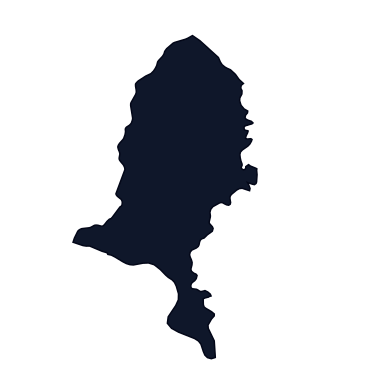 the Department of Río Negro, rotated 300°
{"feature_id": "URY-9", "entity_name": "Río Negro", "entity_type": "Department", "adm_level": 1, "iso_a3": "URY", "parent_name": "Uruguay", "parent_adm1": "", "projection": "equal_earth", "projection_center": [-57.526, -32.894], "detail": "fine", "context": "isolated", "style": "filled", "palette": "ink", "viewbox_px": 384, "rotation_deg": 300, "n_neighbors": 0, "source": "natural_earth", "source_scale": "10m", "svg_char_len": 3574}
<svg xmlns="http://www.w3.org/2000/svg" viewBox="0 0 384 384"><g transform="rotate(300 192 192)"><path d="M60.3,294.9L57.3,292.1L56.3,288.2L57.2,284.7L59.5,281.6L64.7,275.8L66.2,272.0L66.4,267.5L63.9,250.7L63.7,242.5L66.0,236.3L72.0,233.8L85.5,234.7L91.8,234.1L97.1,231.2L102.6,225.5L105.0,222.0L106.0,218.7L106.2,214.2L106.9,210.7L109.0,203.4L110.1,195.6L108.8,189.8L105.9,185.2L99.5,177.7L98.0,174.5L97.2,170.9L97.0,166.8L97.2,158.1L97.0,153.7L95.9,150.3L96.9,148.8L95.7,143.8L94.0,130.3L92.3,127.5L91.1,124.4L89.0,114.1L93.3,113.2L100.8,112.7L102.0,112.9L103.6,113.7L104.6,114.4L105.3,115.0L105.7,115.7L105.8,115.7L109.7,121.0L110.4,121.6L111.1,122.2L114.3,124.1L114.9,124.8L115.4,125.5L116.2,127.2L117.1,130.6L117.3,131.0L117.7,131.6L118.8,132.2L120.6,132.6L124.1,133.1L127.1,134.0L128.6,135.2L130.3,135.6L143.1,137.1L143.9,137.6L145.0,137.9L146.3,137.7L148.5,136.6L149.5,135.5L150.2,134.4L150.8,130.5L151.0,129.4L151.4,128.4L151.8,127.6L152.5,127.0L177.9,122.7L179.3,121.6L179.9,120.9L181.0,119.3L181.4,118.4L182.4,115.6L182.6,115.1L183.3,113.5L183.8,112.8L184.5,112.2L185.3,111.8L188.7,110.6L189.4,110.1L190.8,108.7L191.2,108.0L192.4,106.6L193.7,105.4L194.5,105.0L195.9,104.8L197.9,104.9L203.1,106.0L204.5,106.0L208.3,105.3L210.9,104.3L213.1,102.8L214.1,102.6L215.4,102.8L218.5,104.4L219.9,104.8L221.4,105.0L224.0,104.5L225.4,104.1L226.5,103.5L236.1,95.7L237.7,94.8L239.0,94.5L248.3,94.4L250.2,94.0L251.0,93.6L252.5,92.6L255.3,90.3L256.7,89.4L257.5,89.1L259.1,89.3L261.3,89.9L269.3,94.0L273.9,97.2L277.5,98.2L280.7,98.4L283.9,98.2L287.5,97.2L289.1,97.3L294.7,98.6L296.7,98.7L298.1,98.6L299.9,98.1L300.9,98.1L303.5,98.4L311.5,101.2L313.0,102.3L321.0,109.9L323.0,111.4L327.7,114.2L327.0,123.1L322.3,144.8L321.7,147.6L318.8,151.5L317.3,154.4L316.7,158.0L316.7,160.4L317.1,164.2L315.6,170.8L313.0,176.5L311.7,182.3L309.0,181.3L306.3,182.3L304.7,184.7L301.8,186.2L297.4,186.4L294.9,187.6L292.9,189.7L291.6,191.2L290.0,195.5L290.0,196.8L290.0,199.8L288.2,200.5L285.4,200.0L282.9,200.7L282.1,202.5L282.2,204.5L282.9,208.1L282.3,210.3L280.9,209.8L278.5,207.4L277.7,206.8L276.7,205.7L275.5,204.8L273.9,204.7L272.2,206.1L272.2,207.7L272.8,209.2L272.9,210.1L270.9,210.6L267.7,210.8L265.2,211.5L265.5,213.4L267.6,216.3L267.5,217.7L265.7,218.1L262.4,218.1L259.6,217.4L253.6,214.6L250.9,214.0L248.4,214.7L245.8,216.6L243.3,218.9L241.4,221.2L240.3,222.0L237.7,222.4L237.0,223.3L236.9,225.4L237.9,226.5L239.5,226.6L240.9,225.9L244.0,227.3L243.7,229.6L244.5,235.4L244.5,236.6L243.2,237.1L239.5,239.7L233.0,242.9L231.4,243.2L229.6,242.4L228.9,240.3L228.0,235.2L226.5,237.6L224.1,240.5L221.9,241.2L220.3,233.6L218.6,231.3L216.0,229.7L210.0,227.5L208.5,227.2L206.9,227.3L205.2,228.2L202.2,230.7L200.5,231.2L198.9,230.4L198.2,228.5L198.0,226.1L198.0,223.9L197.4,222.4L196.1,221.2L189.7,217.4L186.4,216.9L183.3,217.7L180.5,219.9L179.4,220.4L174.5,221.9L173.5,222.8L172.1,227.0L171.0,228.5L168.2,229.2L162.6,226.7L158.2,225.5L156.1,223.7L154.5,223.3L152.7,223.5L149.7,224.5L147.9,224.6L145.6,223.7L141.6,220.9L139.0,220.5L136.4,221.3L134.6,223.1L133.1,225.2L131.1,227.3L128.9,228.4L124.6,229.6L123.1,231.2L122.6,234.1L122.9,236.5L122.3,238.1L119.1,239.0L116.6,238.7L114.5,237.8L112.4,237.2L110.0,237.9L108.5,239.3L108.4,240.7L110.0,244.5L110.1,245.9L110.0,247.6L110.0,249.1L110.8,250.2L112.7,252.2L113.1,252.5L113.3,255.7L112.7,258.9L111.5,260.5L110.0,259.1L109.3,258.9L106.8,256.3L105.1,255.1L100.2,258.1L98.6,259.8L98.2,261.7L98.1,269.0L97.5,272.3L95.8,273.2L91.7,272.4L84.7,272.4L82.0,274.3L74.2,285.7L60.4,294.9L60.3,294.9Z" fill="#0f172a" stroke="#020617" stroke-width="1.5"/></g></svg>